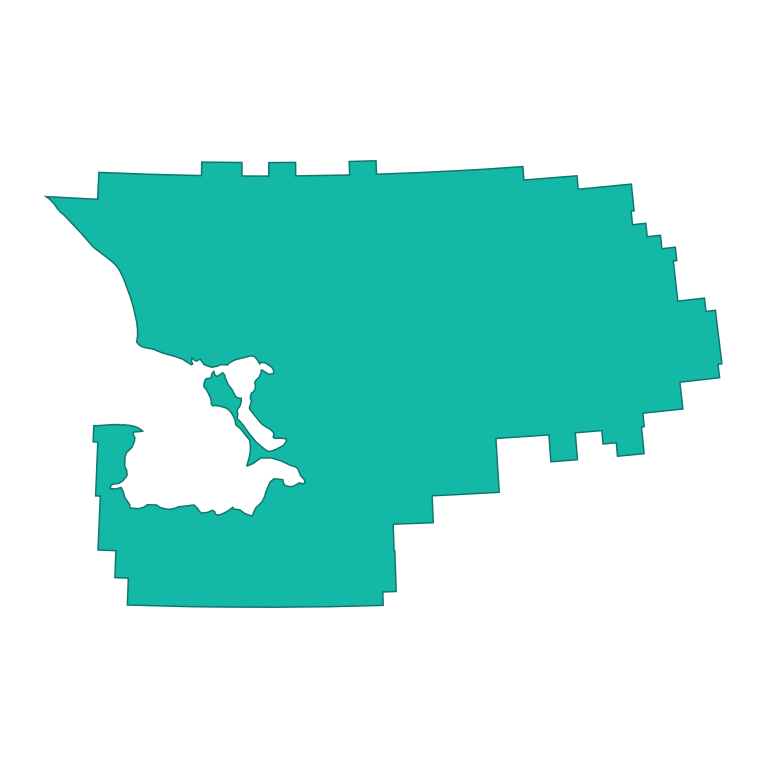 the district of Northwest Arctic, Alaska, United States of America
{"feature_id": "52423323B69219161179389", "entity_name": "Northwest Arctic", "entity_type": "district", "adm_level": 2, "iso_a3": "USA", "parent_name": "United States of America", "parent_adm1": "Alaska", "projection": "albers", "projection_center": [-161.672, 66.866], "detail": "fine", "context": "isolated", "style": "filled", "palette": "teal", "viewbox_px": 768, "rotation_deg": 0, "n_neighbors": 0, "source": "geoboundaries", "source_scale": "gbopen_adm2", "svg_char_len": 4615}
<svg xmlns="http://www.w3.org/2000/svg" viewBox="0 0 768 768"><path d="M396.2,591.5L394.8,551.1L394.1,551.2L393.2,524.2L433.3,522.7L432.1,495.8L457.1,494.6L499.2,492.3L495.9,438.5L548.9,434.9L550.9,461.8L577.5,459.7L577.2,456.2L575.3,432.8L601.8,430.6L603.0,444.0L616.3,442.8L617.5,456.2L644.1,453.7L641.5,426.9L644.2,426.6L642.9,413.2L682.9,409.0L679.9,382.2L719.6,377.7L718.0,364.3L721.9,363.8L715.4,310.3L706.0,311.4L704.4,298.1L677.8,301.1L673.3,261.0L676.8,260.6L675.3,247.2L661.9,248.7L660.5,235.3L647.2,236.7L645.8,223.3L632.5,224.7L631.2,211.2L634.1,210.9L631.9,189.5L631.4,184.1L578.2,189.2L577.0,175.8L523.9,180.0L522.9,166.6L486.3,169.1L463.9,170.4L419.1,172.6L376.5,174.2L376.0,160.8L349.2,161.5L349.6,175.0L295.7,175.9L295.6,162.4L268.8,162.6L268.8,176.1L241.9,176.0L242.0,162.5L201.7,162.1L201.5,175.6L149.9,174.3L98.9,172.4L97.6,199.3L46.1,196.6L50.2,199.6L54.9,204.8L56.8,207.9L60.2,211.9L64.2,215.2L72.6,224.1L79.8,231.7L93.4,247.2L112.0,261.5L115.7,265.1L117.7,267.5L119.4,270.1L123.4,278.1L130.3,296.9L131.7,301.4L133.4,307.4L136.7,322.0L137.5,329.3L137.6,333.2L137.5,336.6L136.8,340.6L136.8,342.3L139.3,345.0L141.5,346.5L146.0,347.9L151.8,348.8L155.0,349.8L157.5,351.0L163.5,353.3L175.6,356.6L183.0,359.4L191.0,364.7L192.4,364.2L192.6,363.5L191.6,361.9L191.8,357.9L195.1,360.6L196.4,361.1L200.2,359.1L202.4,362.3L204.4,364.8L211.7,367.3L213.7,366.8L217.5,366.2L220.3,364.7L227.7,364.8L228.0,364.7L228.0,364.0L229.4,362.9L234.8,359.9L248.7,356.4L251.4,355.9L252.2,356.0L253.8,356.2L254.5,356.6L256.9,359.3L259.8,363.9L260.6,362.4L265.2,362.8L270.8,366.4L272.3,368.0L273.5,370.1L273.6,372.5L273.3,373.8L268.6,374.2L262.0,370.0L261.3,370.1L261.2,370.3L261.3,370.9L261.0,372.6L259.3,377.0L256.2,380.1L254.7,382.4L255.4,385.8L255.2,387.9L254.6,390.0L252.9,392.4L251.5,393.0L250.6,395.6L250.3,398.6L251.5,401.1L249.3,408.1L250.2,409.9L260.9,423.1L262.6,424.7L266.7,427.4L270.2,429.2L273.4,432.4L273.9,435.0L273.7,435.9L273.1,436.5L273.2,437.0L273.9,437.9L274.7,438.3L275.7,438.4L279.1,438.2L285.7,438.6L286.5,441.0L283.6,445.2L276.9,449.0L271.9,450.9L268.3,451.4L265.1,449.6L256.4,442.3L249.0,433.4L244.8,427.4L243.8,425.8L239.9,421.3L237.7,419.1L237.4,418.2L237.2,416.2L237.9,413.9L237.0,411.7L237.4,410.1L237.8,409.1L238.4,408.1L239.5,407.0L240.2,405.3L241.3,401.5L241.2,398.3L239.0,398.1L237.5,397.7L236.1,396.9L234.9,395.3L232.5,390.2L228.2,384.6L225.6,378.8L225.0,377.0L224.5,374.6L222.5,372.7L221.1,374.0L217.2,376.4L215.1,375.4L213.8,371.4L211.7,374.0L211.4,377.2L209.6,378.4L206.6,378.5L205.5,379.4L204.6,381.4L204.1,383.2L203.8,385.5L203.9,386.2L204.1,386.8L204.5,387.5L205.7,388.9L207.1,390.8L208.7,394.0L210.6,398.3L211.2,401.2L211.3,402.7L211.2,403.8L212.4,405.7L216.1,405.5L220.5,406.3L225.5,407.8L227.9,409.1L231.2,412.5L233.3,416.1L234.3,418.2L235.0,420.0L235.4,422.7L235.9,424.7L236.3,425.3L240.1,428.3L249.6,440.1L250.3,443.7L250.3,451.1L249.7,455.2L249.2,457.6L246.9,465.3L247.1,466.0L253.1,463.5L260.8,458.0L271.3,457.9L281.6,461.1L290.4,465.3L294.0,466.3L296.1,467.2L297.4,468.4L298.6,470.5L299.2,471.7L300.4,475.3L304.4,479.8L304.5,480.2L304.9,482.1L304.9,482.6L304.7,483.0L304.3,483.2L302.1,483.8L301.0,483.5L300.1,482.9L298.8,483.1L295.2,485.3L291.9,486.7L287.8,486.3L284.7,485.2L284.2,484.8L283.5,482.8L283.2,481.8L282.9,479.9L281.2,479.4L273.9,478.8L269.9,482.3L265.8,492.2L265.2,494.4L265.0,495.8L262.6,500.7L261.6,502.3L255.6,508.2L254.2,511.1L253.3,513.2L253.0,514.5L251.7,516.1L244.6,513.4L239.8,509.8L233.8,509.1L233.3,508.8L232.8,507.3L232.7,507.3L228.5,510.7L224.4,512.9L220.5,514.6L217.9,515.1L216.7,514.9L215.3,513.9L214.7,511.8L212.6,510.2L207.9,512.3L202.1,513.1L201.3,512.9L198.9,510.8L198.5,510.1L198.5,509.6L194.2,505.1L191.6,505.2L186.2,506.0L178.5,506.8L175.4,508.1L172.5,508.9L169.1,509.3L167.7,509.3L160.2,507.6L158.6,506.6L156.7,505.0L147.1,504.7L146.7,505.3L144.3,507.0L138.9,508.7L129.9,508.0L129.9,506.0L129.7,504.7L127.8,501.8L125.2,498.3L124.4,496.0L123.4,492.3L121.2,487.5L115.4,489.0L111.0,488.6L110.3,488.4L110.1,488.0L111.1,485.4L113.1,484.2L118.9,483.3L122.2,481.3L126.2,476.9L127.1,475.0L127.1,473.7L126.6,470.0L126.1,469.4L124.7,466.1L125.0,456.7L126.2,453.6L127.0,452.1L129.9,449.4L132.3,446.7L134.5,441.1L134.6,440.0L134.8,437.2L133.4,435.2L133.3,432.1L140.6,431.5L142.6,431.0L138.7,428.1L135.1,426.6L129.2,425.3L123.6,424.8L119.6,425.1L119.7,424.8L119.6,424.6L112.5,424.6L96.9,425.7L93.8,425.6L93.1,441.8L97.8,442.1L95.6,495.9L100.3,496.1L98.0,550.0L115.9,550.7L114.9,577.6L128.3,578.1L127.4,605.0L187.6,606.6L219.5,607.0L276.0,607.2L329.3,606.7L383.2,605.4L382.8,592.0L396.2,591.5Z" fill="#14b8a6" stroke="#0f766e" stroke-width="1.5"/></svg>